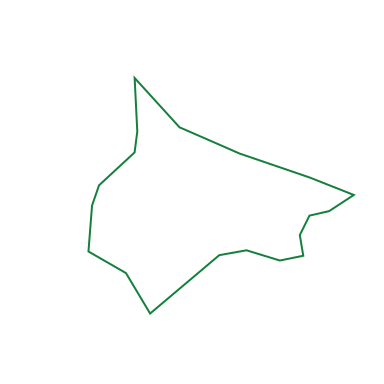 the border of Kibuku, rotated 47°
{"feature_id": "UGA-5595", "entity_name": "Kibuku", "entity_type": "County", "adm_level": 1, "iso_a3": "UGA", "parent_name": "Uganda", "parent_adm1": "", "projection": "natural_earth1", "projection_center": [33.805, 1.052], "detail": "fine", "context": "isolated", "style": "outline", "palette": "green", "viewbox_px": 384, "rotation_deg": 47, "n_neighbors": 0, "source": "natural_earth", "source_scale": "10m", "svg_char_len": 402}
<svg xmlns="http://www.w3.org/2000/svg" viewBox="0 0 384 384"><g transform="rotate(47 192 192)"><path d="M252.3,305.5L206.3,295.6L164.9,308.3L133.7,274.3L123.7,255.4L123.9,207.0L110.5,190.8L69.5,156.2L136.2,157.0L196.5,130.9L261.8,96.0L304.5,75.7L299.5,104.7L289.4,122.2L297.0,142.5L314.5,154.1L302.0,174.5L271.8,191.9L256.8,215.1L252.3,305.5Z" fill="none" stroke="#15803d" stroke-width="2"/></g></svg>